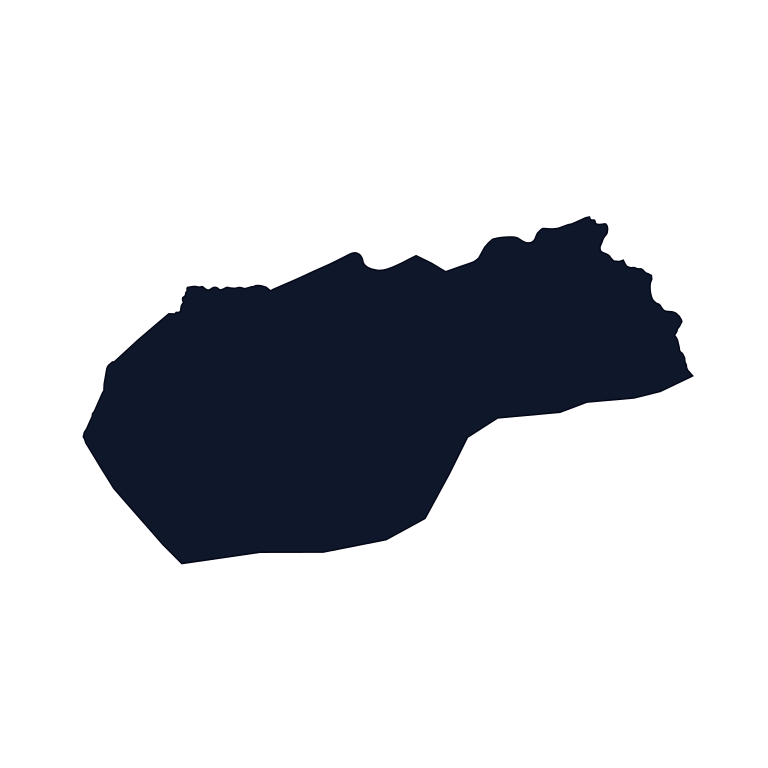 Obuasi East, Ashanti, Ghana, rotated 227°
{"feature_id": "2480657B26017273678273", "entity_name": "Obuasi East", "entity_type": "district", "adm_level": 2, "iso_a3": "GHA", "parent_name": "Ghana", "parent_adm1": "Ashanti", "projection": "mercator", "projection_center": [-1.604, 6.179], "detail": "fine", "context": "isolated", "style": "filled", "palette": "ink", "viewbox_px": 768, "rotation_deg": 227, "n_neighbors": 0, "source": "geoboundaries", "source_scale": "gbopen_adm2", "svg_char_len": 4251}
<svg xmlns="http://www.w3.org/2000/svg" viewBox="0 0 768 768"><g transform="rotate(227 384 384)"><path d="M179.4,615.3L187.1,615.5L188.0,615.8L189.5,616.4L190.6,617.1L191.4,617.9L192.6,618.4L194.0,618.8L195.4,619.5L196.3,620.2L197.2,621.0L198.3,621.7L199.9,622.2L201.6,622.8L203.3,623.0L204.7,622.7L205.6,622.7L206.7,622.9L207.5,623.4L208.2,623.9L209.1,624.6L210.8,625.6L215.8,628.5L217.3,629.0L218.7,629.4L220.3,629.5L221.5,629.7L222.4,632.9L222.9,634.4L223.6,635.2L224.2,636.2L224.4,637.5L224.7,639.5L225.5,641.5L226.6,644.5L228.2,645.2L229.9,645.6L232.2,646.1L234.0,645.9L235.4,645.9L236.9,645.7L238.5,645.0L240.1,644.1L241.6,642.8L243.6,640.9L245.1,639.7L246.5,639.0L248.3,638.8L250.1,639.0L252.6,639.5L254.2,639.6L255.4,639.3L256.8,638.4L258.9,638.0L261.0,637.9L262.9,638.1L265.2,639.0L268.0,640.5L270.7,642.3L272.6,643.9L274.6,645.7L275.4,646.7L276.2,647.7L277.3,649.7L278.0,651.3L279.2,652.2L280.2,652.9L281.1,653.6L282.5,653.0L284.4,652.4L286.5,651.3L287.8,651.1L288.9,651.1L290.7,651.1L292.1,650.8L293.1,650.4L294.1,649.2L294.9,648.3L296.0,647.6L297.6,646.9L298.6,646.3L299.6,645.2L300.0,644.4L301.7,643.1L304.2,641.8L305.8,642.0L306.7,642.0L311.4,643.4L311.6,642.5L312.3,641.6L312.5,640.6L313.4,639.3L314.6,638.2L316.0,637.0L316.9,636.1L318.2,635.8L319.4,635.8L321.5,635.8L323.9,636.2L326.0,635.8L328.0,635.0L329.7,634.2L331.0,633.6L332.1,633.3L333.4,633.1L335.3,634.0L336.8,635.3L337.7,636.9L338.4,638.6L339.3,640.5L340.1,642.0L340.8,643.6L341.2,644.7L341.5,646.4L341.7,648.1L342.2,650.0L343.6,651.8L344.6,653.0L345.8,654.0L347.3,654.9L348.7,655.2L350.0,655.2L351.0,654.1L352.2,652.3L353.5,650.6L354.7,649.4L355.9,648.6L356.9,648.3L358.0,648.7L359.2,649.3L360.1,649.7L360.8,649.3L361.7,648.3L362.7,647.4L364.2,647.3L365.3,647.8L366.0,648.2L368.0,645.0L369.8,639.6L371.4,634.9L372.8,630.9L373.5,629.6L375.0,627.1L376.2,624.3L377.6,621.0L378.8,618.0L380.3,615.8L382.5,612.9L385.0,610.4L387.1,608.5L389.3,606.4L389.8,604.7L389.8,602.5L389.7,599.5L389.0,597.4L387.4,594.0L386.9,593.0L386.6,590.3L387.1,588.0L389.1,585.3L391.1,583.9L394.0,582.7L396.6,582.1L398.5,581.6L399.7,581.3L402.1,579.8L403.7,578.4L407.2,574.6L410.4,570.7L413.4,566.4L415.8,562.1L415.9,556.5L415.5,552.9L415.3,550.8L414.1,547.2L412.6,542.6L411.5,539.2L411.6,536.3L412.2,532.7L414.2,528.0L417.8,520.0L420.6,513.5L424.1,505.6L439.9,501.1L455.9,495.0L458.4,486.7L459.2,483.5L460.2,479.9L463.1,471.1L465.6,465.1L467.4,461.7L469.2,459.3L470.9,457.3L473.3,455.5L476.4,453.4L479.7,451.8L481.3,451.4L482.5,451.2L484.8,451.0L487.2,451.7L490.3,453.5L493.0,454.3L495.3,454.4L498.0,453.5L499.8,452.3L501.4,449.8L502.6,446.6L504.0,441.5L506.0,434.7L508.6,426.1L510.6,420.3L513.9,410.7L514.6,408.7L517.3,400.3L520.6,390.5L524.6,379.2L525.5,376.7L527.4,371.4L529.0,366.8L529.2,364.8L531.0,364.3L535.1,363.8L539.7,361.1L541.6,359.4L542.9,358.0L543.7,356.7L543.9,355.6L544.2,354.7L545.3,353.7L546.2,351.8L547.3,349.7L548.7,347.1L551.6,345.4L552.9,344.4L554.1,342.9L554.9,341.2L556.3,339.5L558.2,337.8L559.9,336.4L561.1,335.6L561.8,335.1L562.4,333.4L563.0,331.3L563.8,329.3L564.5,328.4L565.9,327.7L567.1,327.8L568.4,327.4L569.7,326.6L570.8,325.3L571.4,323.3L571.6,321.5L572.0,320.2L573.2,319.0L574.0,318.5L576.3,318.0L577.9,317.8L578.8,317.7L579.6,317.1L580.0,316.1L581.2,314.5L582.7,313.5L584.4,312.2L585.8,310.4L586.8,308.9L587.6,307.7L588.6,306.1L588.2,305.1L587.1,304.1L586.2,303.3L586.0,302.4L586.1,301.6L585.7,301.0L584.9,300.1L584.1,298.5L584.1,297.7L584.4,295.7L583.8,295.0L583.0,294.1L581.9,293.6L581.1,293.3L580.4,292.8L580.1,291.8L579.9,290.6L579.5,289.4L578.5,287.9L577.6,286.8L576.7,285.8L576.0,284.8L575.9,284.1L576.2,283.1L577.0,282.0L578.1,280.8L577.8,278.8L582.1,274.5L582.9,257.5L583.9,234.3L584.1,201.9L585.3,200.4L585.5,195.8L585.3,194.2L584.8,192.8L583.9,191.3L574.8,179.3L570.2,174.7L569.5,172.2L564.9,161.4L561.5,153.5L561.1,150.7L559.2,148.3L556.0,140.6L554.1,136.2L553.0,131.9L550.4,128.0L548.0,127.5L545.2,126.2L544.0,125.7L529.8,122.8L513.0,119.3L502.5,117.3L495.0,115.8L492.0,115.2L472.3,114.5L449.6,113.8L428.9,113.2L417.1,112.8L411.6,113.0L390.5,113.7L345.6,178.5L302.5,224.9L268.7,279.4L257.7,322.4L273.7,370.3L288.1,408.7L281.7,443.9L243.3,493.4L232.4,520.0L203.2,557.4L190.1,581.1L179.4,615.3Z" fill="#0f172a" stroke="#020617" stroke-width="1.5"/></g></svg>